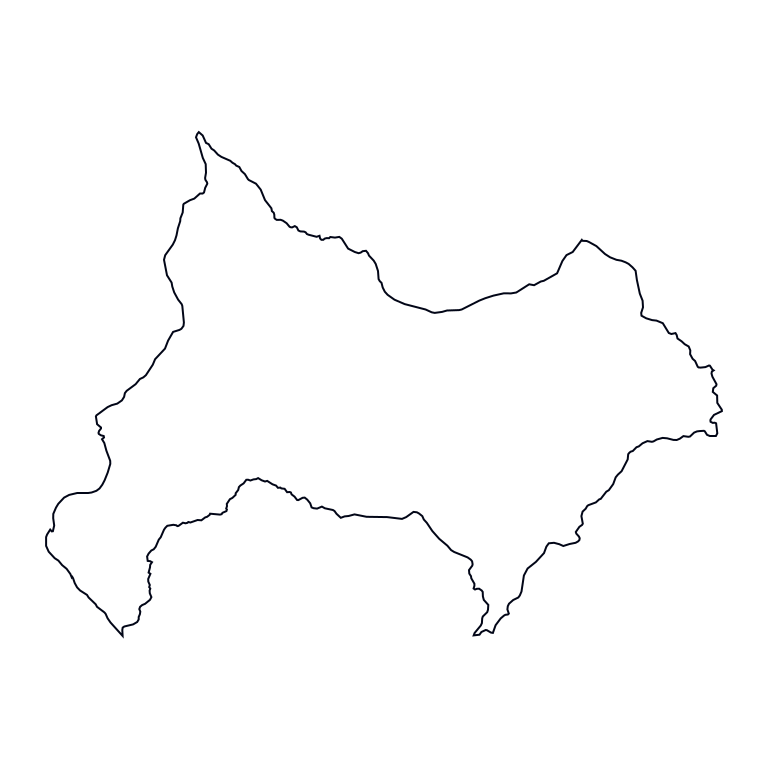 outline of Baguia, Baucau, East Timor
{"feature_id": "22284137B48176451746687", "entity_name": "Baguia", "entity_type": "district", "adm_level": 2, "iso_a3": "TLS", "parent_name": "East Timor", "parent_adm1": "Baucau", "projection": "orthographic", "projection_center": [126.694, -8.606], "detail": "fine", "context": "isolated", "style": "outline", "palette": "ink", "viewbox_px": 768, "rotation_deg": 0, "n_neighbors": 0, "source": "geoboundaries", "source_scale": "gbopen_adm2", "svg_char_len": 6087}
<svg xmlns="http://www.w3.org/2000/svg" viewBox="0 0 768 768"><path d="M581.8,239.9L572.7,252.0L566.5,255.1L562.4,261.0L557.1,273.3L543.8,280.8L540.8,281.5L534.1,285.2L529.2,284.3L516.3,292.5L511.0,293.4L503.9,293.3L493.5,295.6L485.3,298.2L479.3,300.6L461.7,309.5L459.1,310.1L447.0,310.5L442.1,311.9L434.7,312.9L431.7,312.3L425.6,309.5L404.7,304.1L394.5,299.7L387.6,294.8L384.8,291.7L382.7,287.5L381.5,282.8L379.8,281.2L378.6,279.1L378.0,271.0L375.7,263.9L373.7,260.6L369.0,255.6L368.0,253.2L366.0,250.8L362.7,251.2L360.7,252.6L358.6,253.2L354.8,252.0L348.1,248.6L341.8,238.7L339.3,236.9L335.0,237.6L330.3,237.0L329.1,238.2L326.6,238.1L324.7,238.6L323.3,239.8L321.4,239.8L320.1,238.5L319.5,235.8L316.6,236.8L308.5,234.7L306.9,234.0L305.6,232.3L304.0,231.6L300.3,231.4L298.4,230.5L296.8,227.3L294.8,226.1L292.1,227.4L290.9,227.3L289.6,226.8L286.6,223.2L282.8,220.6L280.6,219.8L276.8,219.9L275.3,219.0L274.4,217.9L274.3,214.7L273.7,212.7L271.9,211.1L271.4,208.3L265.0,200.1L260.7,189.6L256.0,183.7L248.8,180.0L247.9,179.1L244.9,174.1L241.5,171.0L239.3,167.0L236.2,165.6L235.0,164.2L232.4,162.7L230.3,160.8L221.4,156.9L217.9,154.6L214.1,150.4L211.5,148.7L208.7,144.2L206.0,142.9L202.7,135.5L198.8,132.1L197.2,134.1L196.0,137.3L198.7,143.6L202.8,157.9L205.7,164.1L206.0,172.7L205.1,178.0L205.4,179.8L207.0,182.3L207.3,183.7L205.2,187.8L204.0,192.5L202.7,193.5L200.0,193.5L194.3,198.6L190.0,200.2L183.8,203.8L183.3,204.7L182.7,212.5L180.4,218.3L180.2,221.2L177.9,228.3L176.5,235.4L175.0,240.2L172.8,244.6L165.2,255.2L164.0,259.8L167.0,275.3L171.6,282.6L172.3,286.6L174.2,292.4L178.1,299.6L181.7,304.2L182.3,305.9L183.9,322.5L183.5,325.9L181.4,328.8L179.5,329.9L173.1,331.9L168.1,340.6L165.0,348.6L155.1,359.2L152.8,364.7L145.9,375.2L143.3,377.4L139.9,379.0L135.6,384.2L126.7,390.8L124.9,393.1L124.1,396.9L121.9,400.4L117.3,403.6L111.6,405.2L107.6,407.1L96.5,415.3L95.9,416.4L97.1,424.2L101.0,427.5L101.0,428.5L99.1,430.9L98.5,432.9L98.8,433.9L100.9,435.3L103.7,436.0L104.0,437.5L102.0,439.2L104.3,443.0L106.4,450.7L110.2,460.8L110.3,463.9L107.7,472.6L104.6,480.3L102.3,484.7L99.5,488.5L96.4,490.8L91.6,492.5L88.2,493.0L77.2,493.0L69.2,494.9L64.1,497.6L58.3,503.8L56.0,507.6L53.3,513.9L53.2,518.2L54.2,525.5L52.9,531.2L51.8,531.4L50.2,529.6L47.1,534.5L46.1,537.1L46.1,545.9L48.7,551.7L54.7,558.2L58.4,560.6L62.2,565.2L66.6,568.8L70.3,573.9L71.8,577.5L72.3,576.9L73.1,578.3L74.7,583.0L77.1,587.4L80.1,590.5L87.0,594.9L88.6,597.5L95.7,604.3L97.0,606.8L104.4,612.4L105.6,613.8L107.6,618.3L110.5,622.5L122.6,635.9L122.3,629.9L122.7,627.6L124.3,626.5L133.1,624.4L137.2,622.0L138.7,619.4L138.7,617.0L139.9,614.2L140.3,611.6L139.3,609.1L140.1,606.8L142.1,605.1L145.1,603.8L150.0,599.8L151.4,597.1L149.8,593.3L149.6,590.6L150.3,588.6L149.2,587.1L149.8,585.0L148.3,581.6L148.2,579.0L150.4,573.8L148.6,572.6L150.0,567.4L150.2,564.8L152.0,562.2L150.2,561.2L147.7,560.9L147.1,556.5L148.6,553.6L151.3,550.5L153.7,549.3L155.7,546.8L158.8,539.6L160.7,537.3L164.0,529.7L165.4,527.7L167.3,525.8L173.3,524.8L176.4,525.3L177.3,526.1L178.5,525.9L182.9,522.7L185.6,523.3L187.5,522.8L188.3,522.0L190.4,522.5L197.6,520.0L201.4,520.3L205.2,517.4L207.1,516.8L209.7,514.8L210.1,513.7L220.0,514.6L221.6,514.2L222.5,512.8L226.4,511.1L226.9,509.5L226.2,508.6L227.0,506.1L226.8,503.9L229.9,499.2L232.4,497.9L235.6,494.9L235.7,493.2L238.2,490.0L238.9,487.1L240.4,485.5L243.6,483.4L246.3,479.8L248.0,479.7L250.4,480.5L253.5,479.4L256.2,479.1L258.1,478.1L261.7,480.3L265.0,481.5L267.2,480.9L272.5,484.3L276.1,485.6L277.9,487.8L280.4,487.6L281.3,488.4L284.6,488.8L287.1,492.2L289.7,492.0L290.9,492.5L291.6,494.4L294.5,496.6L297.1,500.0L298.3,500.1L302.6,497.8L304.7,497.6L307.2,499.6L310.2,503.3L311.6,507.4L313.6,508.2L317.1,508.6L321.9,506.6L324.9,508.3L332.9,510.0L334.5,511.0L336.5,513.8L340.8,517.8L344.6,516.4L348.6,516.0L354.5,514.4L366.6,516.8L387.2,517.1L402.0,518.9L406.2,517.1L413.5,511.9L416.9,512.3L418.9,513.4L422.3,516.1L423.8,519.5L426.8,522.8L432.3,531.0L439.2,538.8L447.4,545.7L451.1,550.1L454.2,552.0L467.6,557.4L470.8,559.7L472.1,561.3L472.6,564.2L472.3,565.6L469.0,570.1L469.3,573.6L471.0,576.2L471.3,578.3L474.4,583.7L474.4,585.9L473.6,588.5L475.0,589.5L476.8,588.8L479.1,588.7L481.7,590.5L482.7,591.9L482.9,596.4L483.8,599.9L488.3,604.9L488.0,609.7L487.2,612.2L482.8,616.5L482.2,618.4L481.9,623.1L480.8,625.5L474.6,633.0L473.7,635.4L479.5,634.7L481.4,632.0L485.7,630.0L486.9,630.2L491.0,632.6L492.9,632.9L495.6,625.2L500.7,618.4L504.1,615.5L505.4,614.8L507.9,614.5L508.8,613.6L507.4,609.4L507.8,606.2L509.0,603.7L513.2,600.0L518.3,597.5L519.8,595.5L521.5,591.5L523.9,575.5L527.6,568.5L535.9,561.9L544.0,553.1L546.4,546.6L548.8,543.3L554.0,542.8L559.3,544.2L563.3,546.0L569.6,544.0L575.6,542.8L578.1,541.4L579.4,540.0L579.7,538.2L578.9,536.5L576.3,533.6L575.8,532.0L579.4,526.8L582.1,524.9L582.8,523.7L581.4,516.1L582.6,511.6L585.7,508.7L587.1,506.2L588.3,505.2L595.9,502.4L599.3,499.3L600.7,498.9L606.3,491.7L608.8,490.2L613.2,484.1L615.7,477.3L617.9,474.6L621.6,471.2L627.7,459.4L628.2,454.2L629.3,452.8L630.6,451.7L632.8,451.0L636.5,447.2L638.8,446.4L642.5,443.3L647.4,441.1L651.9,441.8L653.5,441.4L656.8,439.5L662.6,437.9L667.1,438.3L673.4,439.9L676.7,440.0L679.8,438.7L683.4,436.1L688.3,436.8L690.0,436.5L694.1,432.6L697.0,431.4L699.4,431.1L703.9,430.8L704.8,431.3L707.0,434.8L709.8,436.0L715.9,436.0L717.3,433.3L716.1,423.3L714.7,422.7L712.8,422.9L710.6,421.8L710.4,420.7L710.6,419.4L714.0,414.9L721.9,411.1L721.8,409.7L717.3,402.9L717.1,395.5L712.8,391.9L713.3,388.2L716.2,385.7L716.5,384.2L712.4,376.7L711.5,373.5L711.9,371.5L713.6,370.4L712.5,369.7L709.9,365.7L709.0,365.5L705.4,367.1L700.6,367.6L698.5,367.4L697.7,366.7L695.1,361.0L692.6,358.8L690.1,354.2L690.3,350.4L688.7,346.5L684.7,344.2L681.6,341.3L677.5,338.5L676.7,335.1L675.5,333.1L671.4,334.0L668.8,333.0L662.8,323.2L656.5,320.6L652.1,320.1L646.2,318.3L641.5,315.7L641.2,312.9L643.0,307.3L642.6,300.7L639.8,293.6L636.9,280.0L635.6,270.8L632.5,267.3L628.6,263.9L625.6,262.3L621.4,260.7L616.4,259.8L610.1,257.3L605.0,254.0L596.4,246.1L588.8,241.9L586.7,241.0L582.4,240.8L581.8,239.9Z" fill="none" stroke="#020617" stroke-width="2"/></svg>